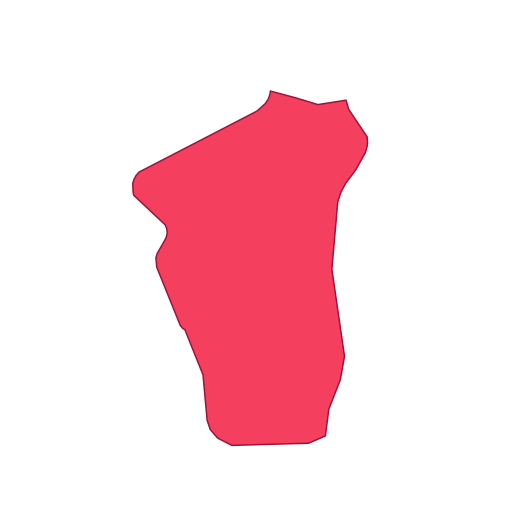 the London Borough of Islington, rotated 207°
{"feature_id": "GBR-2071", "entity_name": "Islington", "entity_type": "London Borough", "adm_level": 1, "iso_a3": "GBR", "parent_name": "United Kingdom", "parent_adm1": "", "projection": "albers", "projection_center": [-0.097, 51.547], "detail": "fine", "context": "isolated", "style": "filled", "palette": "rose", "viewbox_px": 512, "rotation_deg": 207, "n_neighbors": 0, "source": "natural_earth", "source_scale": "10m", "svg_char_len": 719}
<svg xmlns="http://www.w3.org/2000/svg" viewBox="0 0 512 512"><g transform="rotate(207 256 256)"><path d="M246.5,435.7L239.9,428.7L211.0,412.6L208.0,407.5L206.6,403.6L205.5,397.7L206.2,378.1L209.1,361.6L209.3,351.4L207.7,341.3L182.4,278.7L131.6,206.8L124.7,184.2L121.6,152.7L112.5,127.2L124.1,113.1L191.5,76.3L207.4,76.3L218.0,80.6L225.0,87.5L249.3,126.1L286.1,158.2L288.4,158.2L292.0,159.8L339.3,200.9L344.3,208.8L345.2,213.1L344.4,229.9L344.7,233.1L345.5,236.0L347.8,239.7L351.0,242.5L392.5,254.6L394.7,257.4L398.8,264.8L399.5,268.9L399.4,273.4L398.3,277.7L321.0,385.5L316.9,396.1L316.3,401.2L316.9,405.9L318.0,409.5L291.6,415.1L269.6,419.0L246.5,435.7Z" fill="#f43f5e" stroke="#9f1239" stroke-width="1.5"/></g></svg>